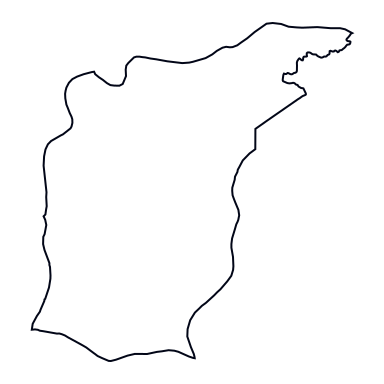 outline of Chiantla, Huehuetenango, Guatemala
{"feature_id": "79465075B62653815483929", "entity_name": "Chiantla", "entity_type": "district", "adm_level": 2, "iso_a3": "GTM", "parent_name": "Guatemala", "parent_adm1": "Huehuetenango", "projection": "albers", "projection_center": [-91.345, 15.5], "detail": "fine", "context": "isolated", "style": "outline", "palette": "ink", "viewbox_px": 384, "rotation_deg": 0, "n_neighbors": 0, "source": "geoboundaries", "source_scale": "gbopen_adm2", "svg_char_len": 3896}
<svg xmlns="http://www.w3.org/2000/svg" viewBox="0 0 384 384"><path d="M255.3,149.2L255.4,128.9L266.3,121.2L298.0,99.2L299.8,98.1L301.8,96.6L303.0,95.9L304.3,95.4L305.6,94.8L305.9,94.3L305.8,93.4L303.4,88.4L302.6,88.2L301.1,88.0L300.6,87.7L299.0,86.8L298.4,86.3L298.0,85.7L297.7,85.1L297.1,84.8L296.3,84.7L295.7,84.3L295.3,83.9L294.7,83.3L293.8,82.9L292.6,82.9L292.0,83.1L291.1,83.2L290.3,83.3L289.6,83.4L288.9,83.3L288.1,83.2L287.2,83.0L284.2,81.7L283.1,81.2L282.7,80.2L282.8,79.0L283.0,77.4L283.3,75.4L283.5,74.5L284.0,73.6L284.5,73.8L285.3,74.0L286.1,74.0L286.7,73.7L287.6,73.0L288.6,73.2L289.1,73.5L289.6,73.8L290.7,74.2L291.4,74.3L292.1,74.2L292.7,73.9L293.5,73.3L294.2,72.9L295.2,72.8L295.8,72.5L296.4,72.1L296.8,71.2L296.9,70.4L297.0,65.1L296.9,64.0L296.9,63.2L296.9,62.5L297.2,61.4L297.4,60.9L297.7,60.4L298.2,59.7L298.9,58.7L299.4,58.4L300.1,58.8L300.7,59.4L301.5,60.1L302.0,60.3L302.7,60.3L303.1,59.6L303.1,58.9L303.2,57.9L303.7,56.8L304.7,56.6L306.2,56.6L306.9,56.3L306.9,55.4L306.8,54.9L306.7,54.3L306.8,53.2L307.5,52.5L308.6,52.4L309.6,52.5L310.4,52.8L310.9,53.1L311.8,53.8L312.5,54.2L313.4,54.4L314.3,54.4L315.5,54.5L316.2,54.6L317.1,55.6L317.7,56.1L318.5,56.5L319.5,57.0L320.1,57.2L321.0,57.6L321.8,57.6L322.7,57.3L323.2,57.1L324.1,56.5L324.8,56.5L325.6,56.6L326.5,56.3L326.9,55.8L327.6,55.0L328.4,54.7L329.2,54.3L329.5,53.6L329.6,52.8L329.6,51.9L329.7,51.1L330.4,50.8L331.4,51.1L331.9,51.3L332.9,51.6L334.0,51.4L334.4,50.8L335.2,50.5L335.9,50.7L336.7,51.2L337.3,51.8L337.8,52.2L338.7,51.8L339.2,51.1L339.4,50.5L340.2,50.2L341.2,50.2L342.1,49.8L342.7,49.2L343.3,48.7L344.2,48.1L344.8,47.5L345.3,47.0L345.7,46.5L346.1,45.9L346.5,45.4L347.2,44.7L348.1,44.6L349.5,44.3L349.9,43.9L350.3,43.0L350.4,42.3L350.4,41.7L349.8,41.3L348.9,41.2L348.3,41.2L347.2,40.8L346.5,40.0L346.5,39.4L346.9,38.7L347.3,38.3L348.2,37.4L349.6,35.7L350.1,35.0L350.6,34.1L351.1,33.6L352.2,33.1L345.1,29.3L340.1,28.2L330.7,28.2L317.3,27.1L302.3,27.7L296.6,27.4L288.6,26.7L281.2,24.0L279.5,23.8L272.7,23.0L266.5,23.7L254.7,32.0L247.2,38.3L241.1,42.5L237.3,45.3L232.6,47.1L229.9,47.3L226.1,46.8L222.5,47.7L216.8,50.9L212.3,54.4L205.6,58.1L201.5,59.3L192.9,61.8L189.2,62.6L182.3,63.1L167.3,61.3L156.2,59.3L150.4,58.5L145.2,57.4L142.2,57.1L139.7,56.7L136.3,56.7L134.0,57.4L128.3,63.0L126.3,65.6L125.7,69.6L126.0,76.1L122.7,84.0L119.4,85.7L114.3,85.6L110.4,85.1L106.9,83.1L102.9,79.9L99.0,77.3L95.2,74.2L94.1,71.7L91.7,72.1L83.7,74.2L77.1,76.6L72.4,79.1L68.9,82.8L66.4,87.6L65.6,90.7L65.1,93.8L65.3,98.3L66.4,104.6L67.7,107.7L69.8,113.2L70.6,114.8L71.5,116.7L72.3,119.3L72.4,122.9L71.5,126.6L70.5,128.4L62.9,134.4L60.8,135.4L57.0,137.6L51.1,141.0L47.9,144.3L45.5,149.4L44.1,156.3L43.6,165.7L46.5,192.3L46.2,197.1L46.7,206.2L46.1,209.5L45.4,214.5L43.6,216.3L45.2,219.8L46.3,225.0L44.6,234.2L43.3,236.8L43.1,244.1L44.5,250.0L49.4,263.1L49.4,265.0L50.0,266.9L50.5,275.4L50.4,278.8L49.0,287.5L45.2,298.9L44.5,299.4L44.3,301.0L40.5,309.8L39.9,311.7L36.9,316.0L32.7,323.8L31.8,329.7L35.0,329.4L37.9,329.8L39.8,330.7L43.3,331.2L56.9,333.6L59.3,333.5L61.8,334.2L65.0,335.5L67.9,337.3L82.7,345.4L86.3,347.5L90.4,350.6L94.3,353.5L94.9,353.9L97.6,356.0L102.1,358.1L108.7,360.9L110.9,361.0L116.0,359.7L119.4,358.5L123.9,356.9L127.6,355.6L134.9,353.9L147.1,354.0L156.9,351.9L161.9,351.3L168.6,350.2L174.3,350.7L178.4,351.8L188.9,356.5L193.0,357.9L194.7,358.2L194.5,356.8L193.8,354.0L190.9,347.1L187.3,336.5L187.6,329.1L190.2,320.2L194.9,312.6L199.0,308.7L201.9,305.8L206.0,302.8L214.3,295.2L217.1,292.3L220.5,289.2L224.2,284.9L227.3,281.3L231.3,275.8L233.1,269.9L233.4,266.3L233.0,256.9L231.4,247.7L231.4,244.0L232.1,238.4L234.9,229.2L236.3,224.3L237.5,221.9L238.3,219.8L238.6,218.2L239.2,215.3L238.4,209.9L237.1,206.8L235.3,202.5L233.9,198.9L232.6,195.3L232.2,190.8L232.3,187.7L234.7,179.7L235.0,176.7L237.4,172.0L237.8,169.7L239.1,167.4L242.8,160.4L249.6,153.4L255.3,149.2Z" fill="none" stroke="#020617" stroke-width="2"/></svg>